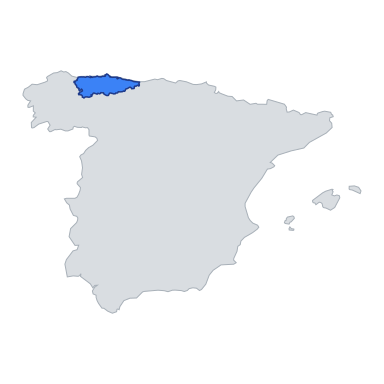 Spain, with Asturias highlighted
{"feature_id": "ESP-5805", "entity_name": "Asturias", "entity_type": "Autonomous Community", "adm_level": 1, "iso_a3": "ESP", "parent_name": "Spain", "parent_adm1": "", "projection": "natural_earth1", "projection_center": [-6.051, 43.278], "detail": "fine", "context": "in_parent", "style": "filled", "palette": "blue", "viewbox_px": 384, "rotation_deg": 0, "n_neighbors": 0, "source": "natural_earth", "source_scale": "10m", "svg_char_len": 7387}
<svg xmlns="http://www.w3.org/2000/svg" viewBox="0 0 384 384"><path d="M206.4,81.9L206.4,83.0L208.5,85.0L214.4,86.3L215.9,87.1L215.7,90.0L214.3,92.4L215.6,93.4L217.0,93.4L218.7,91.5L219.1,92.7L221.9,93.9L227.9,96.2L232.1,96.5L236.5,100.9L243.6,100.0L250.1,104.3L256.0,103.3L257.4,104.2L266.7,104.3L267.1,100.8L268.2,99.4L284.4,104.2L286.5,107.2L286.2,108.7L287.1,112.1L289.2,112.0L293.4,110.1L299.0,112.5L300.5,114.6L301.6,114.7L305.7,112.6L317.0,115.1L317.4,113.5L318.1,113.0L322.8,111.5L324.7,111.2L330.7,112.3L331.5,114.3L332.7,115.0L333.2,116.7L329.8,117.8L329.5,120.7L331.7,123.2L332.1,127.5L326.3,133.0L309.4,142.4L303.9,148.0L291.1,150.9L277.9,155.1L270.2,162.5L272.2,163.1L274.7,165.7L273.9,166.8L270.5,168.6L267.4,169.1L261.8,178.3L254.0,187.9L251.1,192.2L245.1,203.3L245.1,206.6L248.4,217.7L250.3,220.6L252.8,223.1L257.6,225.2L258.8,227.2L257.2,229.2L252.5,232.7L244.4,237.4L240.9,241.1L240.2,244.7L237.8,246.3L237.0,251.3L233.8,258.3L233.6,260.1L236.2,262.7L233.7,264.2L221.0,264.9L213.1,270.3L209.2,275.2L205.8,284.2L201.5,289.5L199.5,290.5L196.5,288.2L192.8,287.8L189.2,288.6L187.3,290.5L184.3,291.5L181.4,290.6L175.2,290.1L172.4,290.2L168.0,291.7L164.3,290.7L158.0,290.2L144.3,291.4L142.6,291.9L136.5,298.0L129.9,298.2L123.9,300.6L119.9,306.6L119.1,309.7L118.0,309.0L117.0,309.3L116.6,311.7L112.4,313.2L107.8,311.2L103.9,308.3L101.9,308.1L98.6,303.5L97.1,300.6L96.1,297.4L96.1,295.2L93.1,293.9L92.4,291.0L94.6,287.3L97.4,285.2L94.8,285.4L92.8,287.8L90.4,283.9L80.5,276.4L81.0,273.7L79.4,275.7L78.2,276.3L73.2,275.9L67.3,276.9L64.9,264.1L66.4,259.6L73.0,250.9L77.1,249.7L78.7,245.2L75.0,245.4L69.1,236.7L70.6,228.6L76.6,222.6L77.6,220.1L77.8,217.9L76.7,216.3L73.4,215.4L70.1,209.0L69.4,205.1L66.7,202.8L64.4,198.9L66.5,198.3L74.9,198.3L76.9,197.3L78.5,194.6L80.1,190.3L80.5,187.6L77.2,183.8L77.1,183.0L77.5,181.8L82.6,177.5L81.6,174.4L82.5,167.8L82.0,164.0L81.5,160.8L79.7,156.7L80.9,155.0L83.6,153.6L85.7,150.3L88.8,147.5L92.8,145.3L97.6,140.4L96.8,138.2L95.2,136.9L89.4,136.0L89.0,135.0L89.0,129.7L87.5,127.6L85.4,127.8L82.2,126.9L81.4,127.5L77.3,127.3L74.4,126.3L73.2,127.2L72.9,129.0L68.0,130.9L65.3,130.9L60.9,129.2L55.8,129.8L55.2,129.4L50.9,131.6L49.5,131.6L47.7,129.0L50.1,125.2L48.0,121.6L46.7,121.5L38.7,124.1L34.0,127.6L32.1,128.0L31.5,127.4L31.3,122.5L36.2,117.2L33.2,116.9L33.3,115.3L35.3,112.9L33.3,111.1L33.4,105.8L29.0,107.5L27.9,107.2L27.9,105.1L30.6,100.9L27.8,100.4L25.7,98.8L23.0,95.3L23.1,93.5L24.5,89.2L28.3,87.2L32.1,84.2L37.2,84.7L44.9,82.2L47.5,80.9L47.4,79.1L46.5,77.8L47.3,76.6L53.6,73.0L57.3,72.6L61.1,70.8L63.7,72.0L65.9,71.6L68.4,73.0L71.8,76.1L76.7,77.4L80.7,76.4L100.9,76.1L106.6,74.5L111.1,76.5L119.7,77.4L124.9,79.0L139.2,81.7L144.4,81.7L154.8,79.1L157.6,79.7L161.8,78.4L163.8,78.7L166.4,80.5L175.6,83.0L178.0,80.9L179.8,80.5L186.4,81.8L193.1,84.4L196.5,84.6L201.6,83.9L206.4,81.9ZM331.8,194.9L334.3,195.9L336.8,195.0L338.1,195.3L339.4,195.8L339.8,197.8L334.7,207.5L330.5,210.2L326.1,208.1L323.6,207.6L322.8,206.8L322.1,203.6L320.9,202.6L319.2,202.2L315.9,204.7L314.9,203.0L313.2,202.7L312.6,201.7L312.6,200.4L322.7,192.8L325.7,191.2L332.0,189.2L333.0,189.5L332.2,190.7L333.1,191.7L331.8,194.9ZM361.0,190.9L360.1,193.6L352.2,190.0L349.7,189.6L349.1,189.0L349.2,186.3L354.4,185.9L358.6,187.3L361.0,190.9ZM290.0,222.2L289.1,224.1L285.3,223.5L284.4,222.7L285.2,220.5L286.3,220.2L286.3,218.7L287.4,217.1L292.8,215.9L294.0,216.9L294.3,218.4L291.2,221.8L290.0,222.2ZM293.9,229.9L293.3,230.4L289.2,230.0L289.0,228.7L289.9,226.9L291.4,228.7L293.8,229.0L293.9,229.9Z" fill="#d9dde1" stroke="#a8b0b8" stroke-width="1"/><path d="M77.1,79.5L77.3,79.7L77.4,79.2L77.5,78.7L77.7,78.2L78.0,78.0L78.2,77.3L79.6,77.0L82.0,76.9L82.4,77.0L83.9,76.9L84.9,77.2L85.5,77.3L86.9,76.6L88.1,76.7L89.4,77.1L90.3,77.6L90.6,77.4L90.8,77.3L91.5,77.3L91.4,77.2L91.4,76.8L91.3,76.7L91.7,76.8L92.2,77.1L92.6,77.1L93.8,76.9L95.1,76.9L95.5,76.8L96.1,76.6L96.7,76.4L96.9,76.3L97.0,76.1L97.4,76.1L98.2,76.6L98.5,76.7L100.4,76.9L100.8,76.7L101.1,76.9L101.5,76.7L101.9,76.5L102.3,76.3L105.1,76.3L105.3,76.0L105.1,75.8L105.0,75.5L105.3,75.2L105.2,75.1L105.2,74.9L105.9,74.8L106.2,74.6L106.3,74.3L106.5,74.0L106.9,74.0L107.7,74.4L108.2,74.8L109.6,76.3L110.0,76.9L110.3,76.5L110.5,76.6L110.8,77.1L112.1,77.3L117.0,77.1L117.8,77.3L117.8,77.8L117.5,78.3L117.1,78.6L117.3,78.8L117.5,78.7L118.0,78.5L118.3,78.4L118.5,78.2L118.7,77.8L119.0,77.8L120.1,77.9L120.5,78.0L122.2,79.1L123.1,79.4L125.2,79.5L125.8,79.6L126.1,80.0L126.4,79.8L128.1,80.3L128.3,80.3L128.6,80.0L128.9,79.9L129.2,80.0L129.7,80.3L131.5,80.6L133.5,81.5L134.0,81.6L139.4,82.1L139.4,82.3L139.5,82.6L139.2,83.1L138.9,83.6L138.9,83.8L139.0,84.1L139.3,84.6L139.3,85.1L139.3,85.4L139.2,85.6L139.1,85.8L138.9,86.0L138.7,86.0L138.5,85.9L138.4,85.6L138.2,85.4L137.8,85.3L137.5,85.3L137.3,85.4L136.9,85.6L136.7,85.8L136.5,86.0L136.3,86.1L135.8,86.2L135.5,86.2L135.3,86.1L135.0,86.1L134.8,86.2L134.5,86.4L134.4,86.5L134.3,86.8L134.4,87.2L134.3,87.4L134.3,87.6L134.3,87.9L134.2,88.1L134.0,88.5L133.8,88.6L133.6,88.6L133.1,88.5L132.9,88.6L132.7,88.6L131.9,88.8L131.6,88.7L131.0,87.6L130.5,87.3L130.2,87.2L129.7,87.2L128.4,87.9L128.1,88.2L127.3,88.6L126.4,88.8L126.0,89.0L125.7,89.2L125.5,89.7L125.4,89.9L125.3,90.1L125.2,90.6L125.0,90.9L124.6,91.2L124.3,91.3L124.1,91.2L123.8,91.0L123.6,91.1L122.3,91.7L119.9,91.9L118.6,91.7L118.3,91.8L118.1,91.9L117.9,92.6L117.7,92.8L117.2,93.0L115.8,93.0L115.7,93.2L115.6,93.4L115.5,93.6L115.4,93.7L115.2,93.7L114.8,93.7L114.2,93.9L113.9,93.9L113.7,93.9L113.4,93.8L113.2,93.6L112.7,93.5L112.3,93.5L111.8,93.4L111.1,93.1L110.7,93.0L110.1,93.1L109.8,93.2L109.5,93.3L109.4,93.5L109.2,93.9L109.0,94.1L108.9,94.3L108.8,94.5L108.7,94.8L108.6,95.0L108.3,95.4L108.1,95.5L107.7,95.5L106.7,95.5L106.4,95.4L106.2,95.3L105.6,95.0L105.5,94.9L105.2,94.8L104.9,94.6L104.6,94.4L104.0,94.0L103.8,93.9L103.7,93.7L103.7,93.4L103.6,93.0L103.4,92.8L103.2,92.7L102.4,92.8L102.1,92.8L100.9,92.6L100.7,92.7L100.6,92.8L100.6,93.1L100.5,93.3L100.3,93.5L99.8,93.7L99.5,93.8L99.2,93.7L98.5,93.4L97.9,93.3L97.6,93.4L97.5,93.5L97.4,94.0L97.1,94.1L96.6,94.0L95.5,93.5L95.2,93.5L94.7,93.4L94.5,93.2L94.3,93.1L93.9,93.0L93.2,93.3L93.0,93.5L92.9,93.7L92.8,93.9L92.7,94.1L92.6,94.3L92.5,94.6L92.3,94.7L91.8,94.8L91.1,94.8L91.0,95.0L91.1,95.3L91.3,95.4L91.7,95.6L91.9,95.7L91.9,95.9L91.8,96.1L90.5,96.8L90.1,96.8L89.3,97.2L89.0,97.2L87.8,97.1L87.7,97.0L87.5,96.9L87.2,96.9L86.0,96.9L85.6,96.9L85.1,97.1L84.8,97.2L84.7,97.4L84.5,97.6L84.3,97.8L84.0,97.9L83.8,97.9L83.7,97.6L83.2,97.4L82.4,97.2L82.3,96.1L82.2,95.8L82.0,95.5L81.4,94.9L81.2,94.9L80.7,94.9L80.3,94.8L80.1,94.6L79.5,93.8L79.4,93.8L79.3,94.4L79.3,94.5L79.2,94.7L79.0,94.8L78.8,94.6L78.6,94.3L78.5,94.0L78.5,93.7L78.9,93.4L79.1,93.3L79.2,93.0L79.3,92.7L79.5,92.4L79.5,92.2L79.9,92.1L80.1,92.1L80.3,92.1L81.2,91.7L81.4,91.6L82.4,90.9L82.4,90.6L82.3,90.2L82.0,89.6L81.7,89.3L81.5,89.1L81.3,89.2L81.2,89.3L81.1,89.5L80.9,89.8L80.7,90.0L80.0,90.3L79.6,90.5L79.4,90.4L79.2,90.3L79.0,90.1L78.9,89.9L78.9,89.6L78.9,89.3L79.0,88.9L79.1,88.7L78.9,88.4L78.7,88.4L78.3,88.2L78.0,87.8L77.9,87.8L77.7,87.8L77.1,87.4L77.0,87.2L76.8,87.0L76.7,86.7L76.5,85.3L76.3,85.2L76.1,85.0L75.9,85.0L75.6,84.7L75.4,84.4L75.2,84.1L75.2,83.8L75.1,83.5L75.1,83.2L75.0,82.8L74.9,82.7L74.4,82.7L74.1,82.6L74.0,82.4L74.1,81.6L74.1,81.4L74.3,81.2L74.6,81.2L74.8,81.2L75.1,81.3L75.3,81.3L75.5,81.2L75.9,80.9L76.2,80.4L77.0,79.8L77.0,79.7L77.1,79.5Z" fill="#3b82f6" stroke="#1e3a8a" stroke-width="1.5"/></svg>